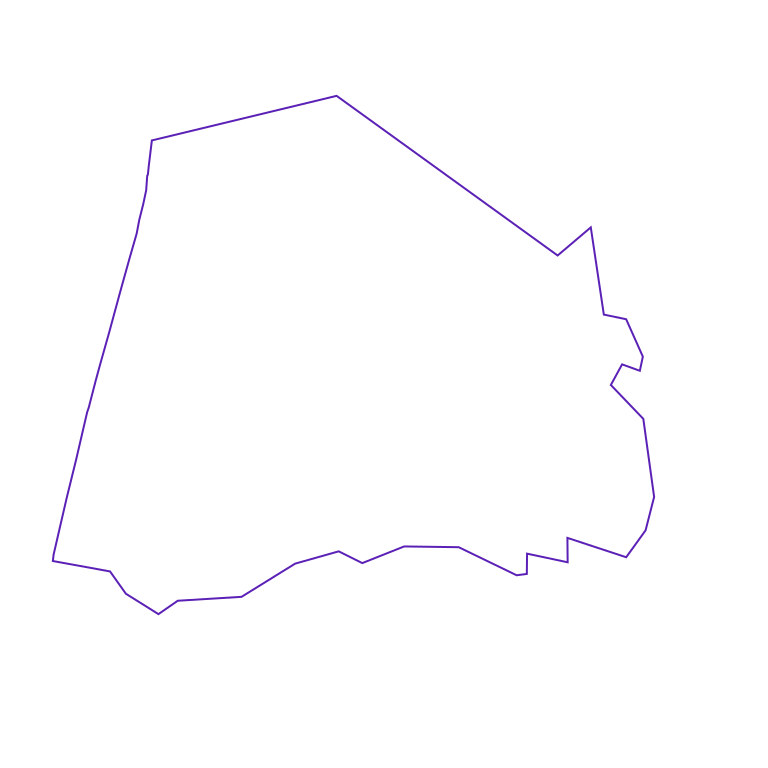 Aweil East, Northern Bahr el Ghazal, South Sudan (Albers equal-area conic projection), rotated 282°
{"feature_id": "79223893B40976740779216", "entity_name": "Aweil East", "entity_type": "district", "adm_level": 2, "iso_a3": "SSD", "parent_name": "South Sudan", "parent_adm1": "Northern Bahr el Ghazal", "projection": "albers", "projection_center": [27.574, 9.179], "detail": "fine", "context": "isolated", "style": "outline", "palette": "violet", "viewbox_px": 768, "rotation_deg": 282, "n_neighbors": 0, "source": "geoboundaries", "source_scale": "gbopen_adm2", "svg_char_len": 773}
<svg xmlns="http://www.w3.org/2000/svg" viewBox="0 0 768 768"><g transform="rotate(282 384 384)"><path d="M580.2,553.7L545.8,527.1L595.3,415.1L656.0,277.7L574.0,106.3L549.2,108.5L539.7,109.5L538.4,109.1L524.0,111.1L510.1,111.1L493.8,110.5L479.7,110.8L454.3,109.0L419.3,106.8L376.5,104.4L344.8,102.3L327.3,101.3L299.6,100.1L294.7,99.5L246.8,98.6L206.1,97.3L148.4,96.3L142.0,96.9L143.7,155.0L125.2,175.1L112.0,211.2L129.1,227.3L146.2,288.9L189.8,334.4L210.9,374.5L204.3,400.0L229.3,437.5L239.9,491.0L224.5,553.5L227.9,563.2L247.8,559.2L247.8,600.7L271.6,595.4L265.1,655.2L264.9,656.9L275.7,661.7L295.3,670.3L329.7,671.7L403.8,644.9L430.2,606.1L452.7,612.8L450.1,631.5L464.6,631.5L497.7,607.4L497.6,584.6L580.2,553.7Z" fill="none" stroke="#5b21b6" stroke-width="2"/></g></svg>